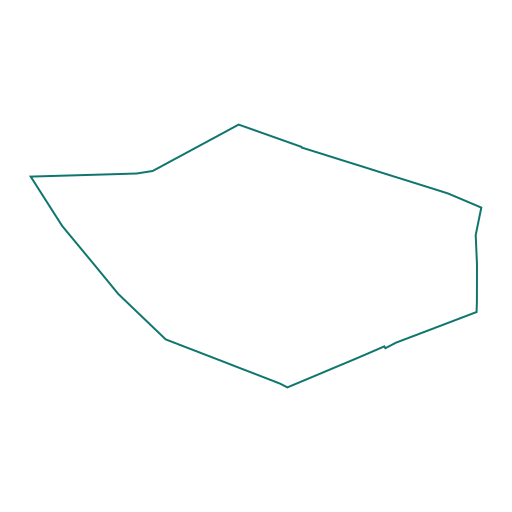 the district of Baruun-Urt, Sühbaatar, Mongolia
{"feature_id": "93677404B37719399531213", "entity_name": "Baruun-Urt", "entity_type": "district", "adm_level": 2, "iso_a3": "MNG", "parent_name": "Mongolia", "parent_adm1": "Sühbaatar", "projection": "natural_earth1", "projection_center": [113.3, 46.656], "detail": "fine", "context": "isolated", "style": "outline", "palette": "teal", "viewbox_px": 512, "rotation_deg": 0, "n_neighbors": 0, "source": "geoboundaries", "source_scale": "gbopen_adm2", "svg_char_len": 531}
<svg xmlns="http://www.w3.org/2000/svg" viewBox="0 0 512 512"><path d="M395.9,342.7L476.6,312.0L476.6,310.9L476.9,301.8L477.0,264.9L475.7,235.1L481.3,207.6L447.8,193.4L343.0,160.5L301.8,147.6L301.5,146.9L238.6,124.6L202.7,144.0L152.6,171.0L148.1,171.7L136.8,173.5L110.2,174.3L30.7,176.6L62.2,226.0L96.5,267.4L99.7,271.3L118.3,294.0L142.1,316.8L165.7,339.4L188.2,348.1L244.6,369.9L280.0,383.6L287.4,387.4L287.6,387.3L337.6,366.3L357.4,358.0L384.3,346.4L385.4,348.2L395.9,342.7Z" fill="none" stroke="#0f766e" stroke-width="2"/></svg>